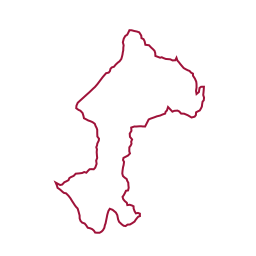 the district of Gália, São Paulo, Brazil, rotated 345°
{"feature_id": "56859067B22371947902737", "entity_name": "Gália", "entity_type": "district", "adm_level": 2, "iso_a3": "BRA", "parent_name": "Brazil", "parent_adm1": "São Paulo", "projection": "natural_earth1", "projection_center": [-49.584, -22.325], "detail": "fine", "context": "isolated", "style": "outline", "palette": "rose", "viewbox_px": 256, "rotation_deg": 345, "n_neighbors": 0, "source": "geoboundaries", "source_scale": "gbopen_adm2", "svg_char_len": 3130}
<svg xmlns="http://www.w3.org/2000/svg" viewBox="0 0 256 256"><g transform="rotate(345 128 128)"><path d="M57.9,202.8L58.1,205.4L59.2,207.5L61.4,209.0L62.3,210.9L63.3,213.9L65.7,215.2L67.3,216.5L68.5,218.3L69.2,220.5L71.1,221.2L73.5,221.8L75.7,221.2L77.4,220.2L79.3,218.3L80.5,215.9L81.6,214.4L83.1,211.4L84.4,208.8L85.4,206.7L86.4,205.0L87.6,203.1L89.5,201.3L91.9,203.0L94.4,206.5L95.1,209.4L94.8,213.7L95.1,216.3L97.0,219.4L98.5,221.3L100.3,222.1L102.5,221.2L104.9,221.7L107.5,221.0L110.1,220.1L111.6,218.7L113.3,217.4L115.0,216.3L116.7,216.2L117.3,213.8L115.6,212.6L113.5,212.5L112.8,210.0L112.6,207.1L113.1,205.1L111.8,203.9L109.8,202.6L107.4,202.3L107.5,199.9L106.0,197.8L105.0,195.6L104.9,193.1L106.5,191.8L108.2,190.0L109.8,188.1L111.9,188.3L113.2,185.9L113.6,183.2L114.1,180.9L113.6,178.9L113.5,176.9L111.9,175.0L110.7,173.1L110.7,170.5L111.6,168.0L113.0,164.7L114.2,162.6L115.4,159.7L114.9,157.6L115.9,155.7L117.7,155.3L120.9,154.6L123.3,153.1L123.2,150.9L124.3,147.0L126.1,145.6L127.3,144.1L127.5,142.1L129.0,140.1L127.6,137.1L128.2,133.9L130.6,131.6L131.2,128.4L134.6,128.2L136.2,128.7L139.0,129.2L141.1,129.7L142.6,130.3L144.9,131.0L150.2,125.1L152.1,124.8L156.1,124.5L159.0,124.2L162.3,124.3L164.8,123.9L167.6,123.7L168.6,122.0L170.1,121.2L172.1,118.1L175.1,123.7L177.1,123.4L180.3,124.0L181.8,125.3L183.0,127.8L185.9,128.7L189.0,131.1L192.1,134.3L195.3,134.3L196.9,133.1L197.8,130.5L199.4,130.1L201.9,129.6L203.7,127.8L204.9,126.4L205.9,123.9L206.9,121.8L208.3,120.9L209.3,118.4L209.2,115.6L209.9,113.8L210.9,111.1L212.0,107.8L209.3,107.1L207.5,107.8L205.8,111.6L203.0,112.9L203.3,109.8L204.7,106.6L205.6,103.1L205.9,100.9L205.4,97.6L204.3,94.3L204.8,92.3L203.2,90.8L202.2,88.8L200.8,87.8L199.0,86.2L197.3,84.5L196.1,82.0L194.9,79.4L194.2,77.6L193.2,75.7L193.0,72.7L191.2,74.8L188.6,74.3L186.6,72.6L184.7,71.9L182.4,71.1L180.3,69.6L178.9,68.4L177.2,68.4L175.1,66.9L173.1,65.5L173.7,62.6L173.6,60.3L172.5,58.3L171.2,56.3L169.7,53.5L166.3,52.1L166.5,48.6L166.0,46.2L164.3,44.7L164.7,42.1L163.6,38.5L161.5,37.1L159.1,35.9L156.9,34.6L154.7,33.9L153.2,35.7L151.4,37.7L149.2,38.4L147.1,40.5L145.2,43.9L145.2,47.0L144.3,49.1L143.5,51.8L142.6,53.5L141.8,55.4L140.9,57.1L139.4,59.6L137.1,61.4L135.1,62.2L132.5,63.6L130.3,65.2L128.0,65.3L126.4,66.3L125.3,68.3L123.7,69.5L121.0,69.4L116.6,72.4L109.7,77.8L106.6,79.9L104.8,80.8L99.9,83.5L96.5,85.2L86.0,90.6L84.0,93.1L83.1,95.5L84.9,97.7L86.5,99.0L88.0,101.8L88.1,104.9L88.0,107.2L89.3,108.3L91.6,110.5L93.3,111.6L95.3,113.2L97.0,115.3L97.2,117.6L97.7,119.9L97.8,121.8L97.0,124.8L96.2,128.3L97.2,130.8L96.5,132.6L94.3,135.1L93.6,136.8L92.4,138.3L92.5,140.5L91.5,143.2L90.8,146.9L90.5,148.9L88.8,151.3L88.4,154.5L86.1,157.8L84.2,159.0L82.1,158.3L80.2,157.9L78.3,159.0L76.2,160.4L74.3,159.2L72.1,159.6L69.1,159.2L65.7,158.6L63.1,160.2L60.0,160.7L58.4,161.2L57.0,163.0L54.4,163.6L52.5,163.9L49.8,165.6L47.7,165.5L46.2,164.1L44.0,162.0L44.4,164.7L44.5,167.6L46.0,169.3L47.0,170.7L48.2,172.6L49.2,174.0L51.3,175.1L53.0,178.1L54.2,181.0L55.1,184.1L56.0,186.8L56.6,188.7L57.4,190.7L58.5,192.7L58.6,195.8L58.6,200.0L57.9,202.8Z" fill="none" stroke="#9f1239" stroke-width="2"/></g></svg>